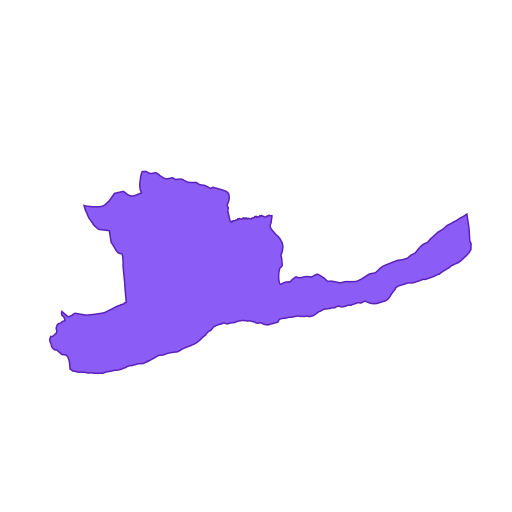 Bongandanga, Équateur, Democratic Republic of the Congo, rotated 173°
{"feature_id": "63176286B86504731111535", "entity_name": "Bongandanga", "entity_type": "district", "adm_level": 2, "iso_a3": "COD", "parent_name": "Democratic Republic of the Congo", "parent_adm1": "Équateur", "projection": "mercator", "projection_center": [20.934, 1.471], "detail": "fine", "context": "isolated", "style": "filled", "palette": "violet", "viewbox_px": 512, "rotation_deg": 173, "n_neighbors": 0, "source": "geoboundaries", "source_scale": "gbopen_adm2", "svg_char_len": 6105}
<svg xmlns="http://www.w3.org/2000/svg" viewBox="0 0 512 512"><g transform="rotate(173 256 256)"><path d="M235.2,293.8L235.4,294.2L237.2,294.2L237.7,294.8L238.1,294.9L238.7,294.4L240.1,294.4L240.8,293.7L242.1,293.6L243.3,293.9L244.3,294.8L244.7,294.8L245.5,295.5L245.9,295.4L246.4,294.9L247.1,294.9L247.1,295.4L247.5,295.4L247.9,294.8L248.5,294.4L249.0,294.4L249.6,294.7L249.8,294.3L250.2,294.3L250.2,294.6L250.0,294.8L250.4,295.2L251.0,294.9L251.6,295.0L251.8,295.3L252.5,295.2L253.0,294.4L253.5,294.2L254.0,294.3L254.7,294.0L255.2,294.2L256.2,293.3L258.8,294.3L259.5,294.3L259.9,293.9L260.2,294.0L260.9,294.3L260.9,294.8L261.4,294.6L261.6,294.8L262.1,294.4L263.6,294.6L263.4,295.3L263.9,295.3L264.5,295.1L264.8,294.6L265.2,294.4L265.9,294.3L266.3,294.6L267.3,294.7L267.7,295.2L268.7,295.1L268.7,294.8L269.0,294.5L269.5,295.0L270.0,294.2L271.3,294.2L272.4,293.7L273.6,293.6L274.3,293.9L275.3,293.1L275.7,293.2L276.0,292.5L276.4,292.7L277.5,294.1L278.5,304.6L277.6,307.3L278.6,309.6L276.7,313.2L275.5,316.6L275.4,317.7L275.4,320.2L275.6,321.0L276.3,322.5L277.1,323.2L278.4,324.2L281.6,325.8L290.6,329.5L292.7,328.5L296.6,331.3L298.5,332.4L303.4,333.7L306.2,336.2L312.3,337.0L314.9,337.6L320.5,341.4L322.3,341.6L326.7,341.8L327.8,342.6L328.8,343.5L329.7,343.9L334.5,343.4L335.9,343.5L338.2,344.7L341.7,347.6L342.6,348.9L345.2,350.8L346.0,350.9L349.5,350.6L351.2,350.9L352.3,351.5L355.0,353.4L358.7,353.7L360.6,349.5L362.7,341.3L362.9,338.0L362.7,335.3L361.9,333.1L362.1,332.6L368.6,330.8L371.0,330.5L372.9,331.0L375.7,332.3L378.6,335.3L379.9,336.3L388.8,335.4L394.9,328.7L400.2,324.9L402.3,324.1L404.9,324.0L408.0,324.2L411.6,324.7L418.5,326.2L420.5,327.1L420.0,323.3L418.5,318.6L417.9,316.1L416.9,313.3L415.6,311.6L415.3,310.4L414.5,309.1L413.7,307.3L412.5,305.4L408.9,301.6L398.5,299.0L398.1,287.3L395.3,281.4L394.3,278.7L393.3,277.2L392.4,276.0L391.4,275.3L389.1,274.6L388.7,274.2L388.5,273.2L388.4,271.7L388.6,265.9L389.2,262.6L389.6,245.0L390.0,238.5L390.4,225.8L392.3,225.5L392.7,224.8L393.3,224.5L396.2,224.1L396.4,223.8L399.9,223.1L406.2,220.7L413.4,218.2L416.2,218.0L423.3,217.8L429.9,217.9L432.6,218.2L442.2,221.1L443.5,221.0L446.3,219.4L449.1,218.5L450.4,219.1L455.4,224.6L456.1,222.9L455.7,220.4L454.1,218.9L453.6,216.7L453.5,215.0L454.8,214.9L456.6,214.4L457.6,213.5L458.4,213.1L460.1,212.9L460.9,212.5L461.8,211.7L463.0,209.2L463.1,208.4L462.9,205.6L463.7,203.5L465.1,202.8L466.6,201.6L467.9,201.0L468.7,200.9L469.6,201.2L471.0,198.1L470.8,195.6L470.2,194.0L469.8,190.9L468.9,189.0L467.2,187.3L465.6,187.2L465.0,186.7L460.7,181.9L456.8,181.0L455.8,179.8L454.9,178.3L454.1,173.7L454.3,166.3L453.0,165.7L453.1,165.4L452.0,164.3L451.3,163.9L449.7,163.9L449.3,163.6L449.3,163.4L446.8,162.4L443.9,162.1L442.7,161.8L439.6,161.4L439.5,161.2L436.7,160.2L433.3,160.1L433.0,159.9L430.6,159.3L426.6,158.7L425.8,158.8L424.2,158.5L422.7,158.3L420.6,158.7L419.1,159.1L412.1,159.5L410.7,159.9L409.8,159.7L407.4,159.6L403.4,160.0L401.8,160.6L398.9,161.2L396.9,162.1L394.4,162.5L392.7,162.3L391.1,162.6L390.8,162.8L389.1,162.8L386.3,163.4L381.3,163.0L376.8,164.3L377.2,164.6L377.1,164.8L375.1,164.9L364.5,169.3L361.9,169.0L360.0,169.1L355.8,170.1L353.5,170.4L347.4,170.5L346.0,170.4L344.0,171.0L341.5,172.1L341.0,172.6L333.2,174.7L331.9,174.8L330.4,175.6L329.1,175.7L327.3,176.5L325.6,177.1L321.7,179.5L319.6,181.3L315.4,183.9L315.0,185.1L313.7,185.7L312.5,186.8L311.6,187.2L310.6,187.3L310.1,187.6L306.4,191.1L302.5,192.2L300.7,192.6L298.9,192.6L297.3,193.3L295.4,193.3L293.4,192.2L291.7,192.1L291.0,192.4L289.6,192.6L284.9,192.6L283.4,193.2L281.3,193.5L276.9,193.7L275.0,193.1L273.8,193.1L272.4,192.4L270.3,192.5L268.9,191.8L267.2,191.4L266.1,190.7L264.8,190.4L264.3,189.7L263.7,189.4L262.6,189.3L262.5,189.1L261.5,189.0L259.5,189.4L259.3,189.1L256.4,187.2L252.6,186.1L251.0,186.4L250.5,186.7L248.8,186.7L242.9,187.6L242.8,187.9L242.2,188.0L240.4,190.5L238.1,190.6L236.9,191.1L235.9,190.6L234.1,190.7L230.3,191.2L228.4,190.9L222.0,191.4L221.3,191.3L220.2,190.8L215.5,190.1L213.0,190.2L210.1,189.3L207.9,189.5L205.4,190.2L200.2,193.2L199.1,193.3L195.1,194.9L189.5,194.9L187.0,195.3L184.7,195.0L183.6,195.2L182.2,196.0L179.6,196.2L179.2,195.8L177.9,195.2L176.0,195.0L173.3,195.2L170.7,196.0L167.5,195.6L166.6,196.0L163.8,196.5L161.0,197.2L159.5,197.1L157.8,196.5L153.4,198.0L149.0,195.5L145.8,194.4L142.2,194.1L137.9,194.8L136.2,195.2L133.8,195.5L132.8,195.8L130.7,196.9L128.6,198.7L125.8,202.2L121.7,206.3L121.4,207.2L118.5,208.9L111.8,210.0L109.6,210.6L107.1,210.7L105.5,210.3L103.0,210.3L96.7,211.5L92.4,212.6L91.9,212.2L90.5,212.2L88.2,212.6L81.2,214.3L80.3,214.7L76.6,215.8L76.1,215.6L75.1,216.5L70.3,219.0L69.7,219.0L68.9,219.6L65.2,221.1L64.3,222.1L60.5,223.4L60.3,223.6L55.4,224.9L54.6,225.7L53.4,226.1L52.2,227.2L50.7,228.1L48.7,229.7L48.1,229.9L45.5,232.2L43.9,233.5L43.1,234.7L43.1,234.9L41.9,236.2L41.0,242.1L41.5,243.4L41.5,243.7L42.0,244.3L41.2,257.6L41.6,271.9L45.8,269.8L49.1,268.6L52.6,266.8L56.8,265.3L58.6,264.4L61.6,263.4L63.1,262.7L66.7,260.1L70.9,258.1L72.2,257.7L78.6,253.1L80.9,251.7L82.5,250.0L84.2,248.6L87.4,247.6L89.3,246.9L90.0,246.4L93.9,243.2L97.6,239.6L102.8,237.6L104.1,236.6L106.2,235.3L110.6,234.5L116.4,234.4L128.9,231.1L131.6,230.2L134.1,228.8L137.6,226.1L139.4,224.9L140.3,224.7L145.0,224.4L146.0,224.2L154.1,220.3L157.7,219.0L159.3,218.6L161.8,218.6L169.7,219.6L171.2,219.6L174.9,219.1L175.8,219.1L183.8,221.8L185.1,222.0L187.6,222.0L188.5,222.6L189.3,223.6L190.9,225.7L195.4,229.3L197.1,230.4L197.7,230.4L199.3,230.1L202.0,228.9L203.8,228.4L205.7,229.0L208.6,229.5L211.2,229.4L212.9,229.1L215.9,229.2L216.8,229.4L218.5,230.3L219.0,230.4L219.4,230.3L222.9,228.2L225.2,226.2L229.5,226.5L232.1,226.0L234.4,225.0L235.0,224.9L235.3,225.0L235.7,225.5L236.1,226.6L236.2,227.8L236.2,231.0L235.8,234.4L235.3,236.9L234.0,240.7L233.2,241.4L231.3,243.0L231.1,243.4L230.8,250.5L231.2,253.9L230.5,254.8L230.5,255.4L229.7,256.5L228.9,258.9L228.2,261.6L228.2,263.1L228.3,264.8L228.6,266.3L230.0,270.0L231.6,272.6L233.5,274.7L236.3,278.8L237.4,280.7L238.2,282.4L238.3,284.1L238.1,284.8L236.7,287.9L236.4,289.6L235.2,293.8Z" fill="#8b5cf6" stroke="#5b21b6" stroke-width="1.5"/></g></svg>